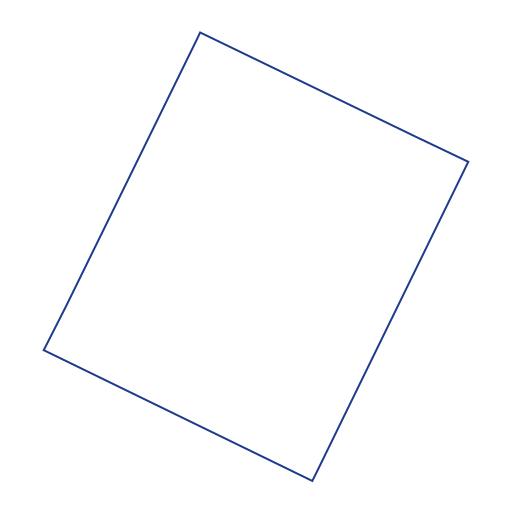 outline of Ness, Kansas, United States of America, rotated 296°
{"feature_id": "52423323B78916796754312", "entity_name": "Ness", "entity_type": "district", "adm_level": 2, "iso_a3": "USA", "parent_name": "United States of America", "parent_adm1": "Kansas", "projection": "albers", "projection_center": [-99.868, 38.48], "detail": "fine", "context": "isolated", "style": "outline", "palette": "blue", "viewbox_px": 512, "rotation_deg": 296, "n_neighbors": 0, "source": "geoboundaries", "source_scale": "gbopen_adm2", "svg_char_len": 271}
<svg xmlns="http://www.w3.org/2000/svg" viewBox="0 0 512 512"><g transform="rotate(296 256 256)"><path d="M432.4,107.8L425.3,107.9L128.2,107.3L78.3,106.5L78.5,405.2L87.8,405.3L433.7,405.5L433.2,345.7L432.4,107.8Z" fill="none" stroke="#1e3a8a" stroke-width="2"/></g></svg>